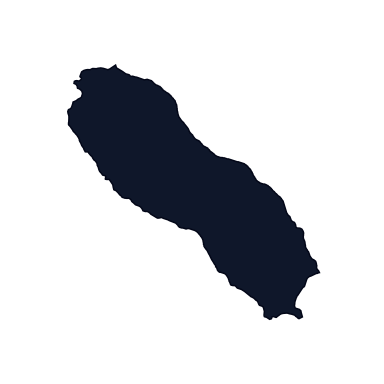 Grecia, Alajuela, Costa Rica (Albers equal-area conic projection), rotated 108°
{"feature_id": "36466004B60213245209904", "entity_name": "Grecia", "entity_type": "district", "adm_level": 2, "iso_a3": "CRI", "parent_name": "Costa Rica", "parent_adm1": "Alajuela", "projection": "albers", "projection_center": [-84.294, 10.09], "detail": "fine", "context": "isolated", "style": "filled", "palette": "ink", "viewbox_px": 384, "rotation_deg": 108, "n_neighbors": 0, "source": "geoboundaries", "source_scale": "gbopen_adm2", "svg_char_len": 6042}
<svg xmlns="http://www.w3.org/2000/svg" viewBox="0 0 384 384"><g transform="rotate(108 192 192)"><path d="M186.8,305.9L186.1,303.6L186.3,302.8L187.0,302.1L188.7,299.4L188.9,298.6L189.7,297.5L190.4,296.9L191.8,295.2L192.4,293.4L193.6,291.8L194.5,290.9L195.7,290.5L197.3,288.9L199.7,287.3L201.0,286.1L202.3,283.8L203.5,282.3L203.4,279.5L203.6,279.2L203.9,278.8L206.2,278.5L206.6,278.3L206.4,276.9L205.6,274.6L209.5,269.6L211.8,268.4L214.0,267.0L214.3,264.3L215.0,263.2L215.2,262.6L216.6,260.5L217.2,259.5L217.4,258.5L218.6,256.8L218.6,253.8L218.2,252.7L218.2,252.0L217.5,250.4L217.7,249.0L218.1,247.8L219.4,246.5L219.9,245.7L220.3,244.5L221.6,241.8L221.7,238.2L221.9,236.9L222.4,235.8L223.4,234.3L225.0,232.8L225.0,230.9L224.9,230.1L224.5,229.2L224.4,227.4L225.1,225.5L225.8,224.3L227.5,216.9L227.0,215.4L225.7,213.2L225.7,212.1L225.9,211.4L225.9,206.2L226.2,204.8L226.6,197.9L228.1,195.0L228.6,194.6L229.4,193.1L229.4,190.9L229.0,189.4L229.0,186.4L228.8,186.3L228.8,185.9L228.4,185.4L227.7,183.7L227.7,177.7L227.9,176.4L228.5,174.5L229.0,173.7L229.0,173.4L229.9,172.3L230.5,171.1L231.6,169.8L231.6,169.5L233.1,167.8L234.4,166.7L236.2,165.8L236.7,165.4L237.6,165.0L238.0,165.0L238.9,164.2L239.9,163.8L241.1,162.4L241.8,161.1L242.1,161.0L242.1,160.6L242.4,160.5L242.9,159.6L245.9,156.7L246.0,156.4L250.2,152.4L251.7,150.5L253.7,148.3L254.3,147.3L255.1,146.5L255.8,146.4L255.8,146.0L256.9,144.7L258.4,143.7L258.7,143.1L259.2,142.6L259.2,142.3L259.7,141.4L259.7,140.6L259.5,140.4L259.5,135.9L259.9,134.5L260.5,133.5L260.8,133.3L260.9,133.0L262.5,131.1L264.9,129.3L265.3,129.2L265.9,128.5L267.4,127.2L267.7,127.1L268.5,126.1L268.3,123.9L267.9,123.1L267.9,121.6L269.2,119.6L269.4,118.6L269.4,114.9L270.3,111.4L273.4,103.3L273.4,102.4L273.9,100.2L275.1,97.9L275.5,96.2L276.3,95.3L278.0,93.9L278.8,93.0L278.9,92.7L278.9,90.4L279.1,89.5L279.4,88.8L280.0,88.3L283.1,86.3L286.6,85.5L287.6,85.1L288.2,84.6L288.1,82.4L289.1,78.8L288.0,77.3L286.1,77.3L285.9,77.1L285.3,76.1L285.3,73.5L285.1,73.0L283.6,72.2L283.0,71.6L281.3,70.5L280.5,69.8L279.4,68.1L277.9,64.6L277.7,63.7L277.7,61.9L277.4,59.4L277.4,56.2L278.2,54.9L278.5,53.6L279.2,52.3L279.4,51.1L276.7,48.4L272.0,51.5L271.6,51.5L271.3,51.9L270.5,53.5L270.5,57.6L270.1,58.4L268.0,59.6L267.2,59.6L264.7,60.2L260.2,60.2L259.5,60.0L258.4,60.0L257.8,59.6L249.7,57.4L248.1,56.8L247.8,56.3L247.4,56.3L246.8,55.9L239.8,55.9L238.3,55.7L237.5,55.2L237.2,55.1L235.8,54.0L235.3,53.1L231.1,48.7L230.8,48.0L230.5,47.9L230.5,47.5L229.8,46.8L229.3,45.9L227.9,47.2L227.5,48.1L227.2,48.3L227.1,48.7L226.8,48.9L226.8,49.2L225.9,50.0L223.2,50.7L222.8,51.1L221.5,51.7L219.7,53.0L218.8,55.4L218.8,56.5L218.2,57.8L216.4,60.1L212.9,62.7L212.0,64.2L211.2,64.8L210.9,65.4L210.0,66.4L208.8,67.3L207.5,67.7L206.9,68.2L204.9,69.1L203.8,69.8L203.5,70.3L202.4,71.0L202.0,71.6L199.8,72.5L199.1,72.5L198.1,72.9L197.4,72.9L196.1,73.4L195.0,74.2L193.9,75.4L193.3,76.2L193.3,77.0L193.1,77.3L193.1,78.4L193.7,80.5L193.6,81.9L193.0,82.4L190.8,83.6L189.9,84.6L189.4,85.0L189.2,85.6L189.2,86.7L188.5,88.7L185.1,91.4L184.4,93.3L182.5,95.6L172.5,102.6L171.0,104.8L170.5,105.1L170.2,106.1L169.4,107.0L169.1,108.6L168.6,109.6L167.7,111.1L167.4,112.2L166.2,114.0L166.1,114.6L165.4,116.1L165.0,116.4L164.7,117.3L164.3,117.5L163.9,118.3L163.8,118.9L163.4,119.3L163.0,120.9L162.4,121.8L162.4,123.0L162.1,124.0L162.1,125.8L162.4,126.3L162.4,130.3L162.1,130.6L161.5,133.3L161.2,133.6L161.1,134.2L160.8,134.6L159.7,135.7L159.1,136.7L158.6,136.9L158.3,137.5L156.6,139.5L156.1,139.6L155.6,140.3L154.5,141.1L154.5,141.6L154.0,141.9L152.4,143.5L151.2,146.1L150.4,146.9L150.4,147.4L149.9,148.1L149.9,148.6L149.6,148.9L149.6,149.5L149.0,151.0L149.0,157.4L149.3,158.3L149.3,167.6L149.6,167.9L149.6,172.0L149.9,172.8L149.9,174.0L150.4,175.5L150.4,179.6L149.9,181.1L149.9,181.7L149.0,182.9L149.0,183.5L148.7,183.8L148.7,184.4L148.4,184.7L148.4,185.2L148.1,185.5L148.1,186.1L147.8,186.4L147.8,187.0L146.5,188.8L146.1,189.9L145.5,190.5L145.5,191.0L145.2,191.5L145.2,193.2L144.9,193.5L144.8,195.2L143.9,196.9L143.4,197.3L142.7,198.8L142.0,199.6L141.1,201.4L141.1,203.2L140.8,203.6L140.8,204.7L140.1,206.1L138.6,208.2L137.7,209.0L136.8,211.0L136.5,211.4L136.5,212.0L136.0,212.2L135.5,213.0L133.0,215.2L132.1,216.4L129.8,219.9L129.7,220.4L129.2,220.7L128.5,221.6L128.1,222.7L127.8,223.1L127.7,223.6L124.6,227.7L122.3,229.4L119.8,230.7L119.4,231.1L118.4,231.5L118.1,231.8L117.5,231.8L115.6,232.9L115.0,232.9L114.3,233.5L113.8,233.6L113.1,234.5L112.6,234.7L111.9,235.4L110.5,236.3L109.2,238.6L108.8,238.8L108.6,239.7L106.8,242.2L106.6,243.3L106.1,243.6L105.9,244.6L105.4,245.6L105.4,246.8L104.6,248.8L104.5,249.9L104.2,250.2L104.2,250.8L103.3,251.8L103.3,252.4L102.6,253.1L102.4,253.6L102.2,253.9L102.1,254.4L101.6,255.1L101.6,256.8L101.3,257.3L101.3,259.6L101.0,260.0L100.6,261.5L100.2,261.9L100.1,262.5L99.2,263.7L99.2,264.3L98.7,264.9L98.7,265.4L98.7,269.5L100.1,271.9L99.9,280.0L100.2,281.8L100.2,284.2L100.7,285.2L100.9,286.5L100.2,287.4L99.9,288.2L100.1,291.5L98.9,295.2L97.4,301.7L97.0,302.4L94.9,303.9L100.6,308.4L101.7,309.9L101.8,314.4L102.2,317.1L103.4,319.7L104.3,321.1L105.2,324.5L106.0,325.5L107.2,326.7L107.9,329.3L108.9,331.1L109.9,332.5L111.6,333.9L112.0,334.1L116.5,334.3L116.9,334.2L117.3,333.7L117.3,332.8L117.6,332.5L118.1,332.3L119.3,332.3L121.0,333.4L121.4,333.9L121.7,336.0L122.2,337.1L123.1,338.1L125.2,337.8L125.4,335.7L125.8,335.1L126.9,333.8L128.5,333.1L128.7,332.8L128.7,331.0L129.6,328.8L130.2,328.0L130.2,327.7L130.8,327.3L131.1,327.3L131.7,326.8L132.8,326.5L136.1,326.5L137.3,327.3L137.8,328.0L138.2,328.3L138.8,329.0L141.0,330.4L143.2,332.9L144.7,332.7L148.0,332.7L149.5,332.9L150.5,333.4L151.6,334.7L152.2,335.0L153.9,335.0L156.0,333.9L156.1,333.6L157.9,332.5L160.0,331.8L163.2,330.9L164.3,330.8L165.9,330.3L166.6,329.6L166.7,329.2L167.6,327.7L168.5,326.6L169.8,324.8L170.6,324.1L171.2,323.3L171.9,321.7L172.6,320.8L173.4,319.2L175.6,316.5L177.1,315.2L177.5,315.2L178.4,314.5L179.6,313.2L179.9,312.7L180.2,312.6L181.9,311.2L183.7,308.8L184.5,308.1L184.8,308.0L186.8,305.9Z" fill="#0f172a" stroke="#020617" stroke-width="1.5"/></g></svg>